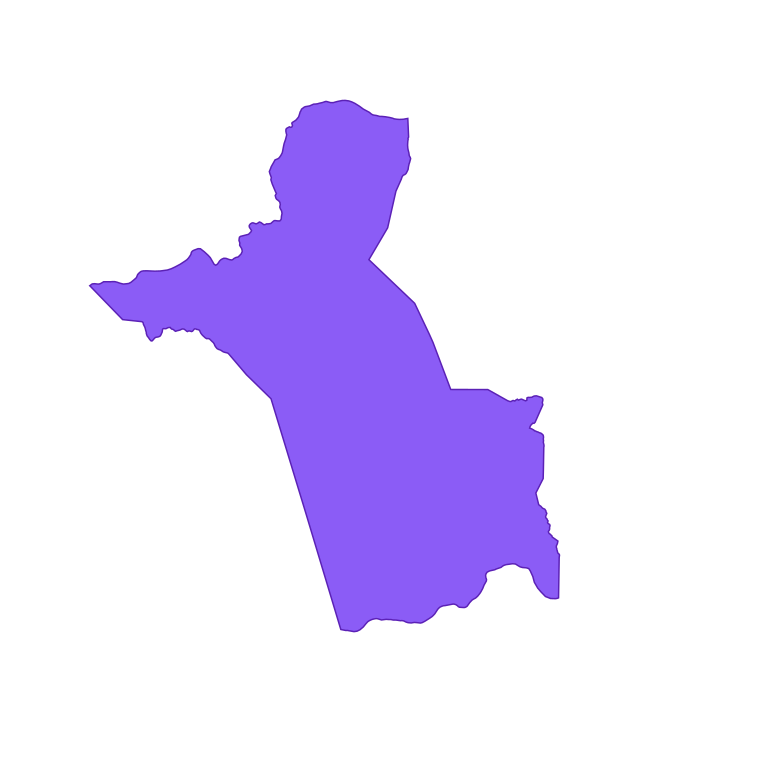 outline of Pilão Arcado, Bahia, Brazil, rotated 46°
{"feature_id": "56859067B31784854037335", "entity_name": "Pilão Arcado", "entity_type": "district", "adm_level": 2, "iso_a3": "BRA", "parent_name": "Brazil", "parent_adm1": "Bahia", "projection": "orthographic", "projection_center": [-43.194, -9.96], "detail": "fine", "context": "isolated", "style": "filled", "palette": "violet", "viewbox_px": 768, "rotation_deg": 46, "n_neighbors": 0, "source": "geoboundaries", "source_scale": "gbopen_adm2", "svg_char_len": 6170}
<svg xmlns="http://www.w3.org/2000/svg" viewBox="0 0 768 768"><g transform="rotate(46 384 384)"><path d="M108.9,527.4L156.1,527.3L170.7,515.1L171.7,514.6L172.8,514.8L173.7,515.5L177.3,516.7L178.6,517.4L179.7,518.1L181.7,519.1L182.6,519.9L183.8,520.5L184.9,521.0L187.1,521.2L189.2,521.6L191.2,521.6L191.9,520.9L191.9,519.4L191.7,517.7L191.7,516.5L192.0,515.5L192.7,514.6L193.5,513.3L194.0,511.9L193.8,510.6L192.6,507.6L191.8,506.5L190.8,505.3L190.9,504.2L192.7,502.5L193.1,501.4L193.3,500.5L194.0,499.4L195.0,498.4L196.0,498.7L197.0,498.6L198.0,497.9L199.1,497.6L200.0,497.7L201.3,497.3L202.0,495.8L202.8,494.5L203.6,493.0L203.9,491.8L204.5,490.6L205.7,489.7L207.5,489.4L208.9,489.3L209.8,488.9L210.0,487.9L210.8,487.0L212.6,486.0L213.0,485.0L212.7,482.1L213.7,481.1L214.7,480.8L215.6,480.0L217.2,479.4L218.5,479.9L219.9,480.4L221.9,480.7L223.6,480.7L226.7,480.5L228.2,480.1L229.1,479.0L230.3,478.2L231.4,478.2L234.6,478.1L235.5,478.0L237.2,478.3L238.9,479.0L240.2,479.3L242.5,479.5L243.6,479.2L244.6,478.8L245.8,478.1L247.5,477.7L249.2,477.3L250.7,476.5L252.1,475.6L253.2,474.9L254.6,474.8L281.8,476.5L316.1,475.5L422.5,529.9L530.6,585.6L534.9,582.6L535.6,581.7L541.3,577.6L543.1,575.1L544.1,572.0L544.4,567.7L543.9,563.6L543.7,560.8L544.1,558.8L544.6,557.4L545.1,556.1L546.0,554.5L547.3,552.6L548.7,551.5L552.0,549.7L554.8,545.9L556.5,544.4L558.3,542.6L560.1,541.4L562.2,539.3L565.7,536.6L566.6,535.5L567.9,534.5L569.5,533.9L570.4,533.6L572.4,532.5L574.8,530.4L576.6,527.8L578.4,526.2L581.3,523.8L582.2,522.3L583.0,519.6L584.2,513.9L584.7,510.9L584.7,509.1L584.6,507.1L583.4,501.9L583.3,500.2L583.4,498.7L584.1,496.7L584.9,495.1L585.7,494.2L590.2,487.3L591.0,486.5L592.6,485.6L594.4,485.2L595.8,485.2L597.0,484.8L600.0,482.1L600.9,481.1L601.4,479.8L601.6,478.5L600.8,474.3L600.6,471.0L600.9,469.2L601.6,466.8L601.7,464.1L601.2,460.3L600.8,458.6L599.7,455.1L598.2,451.8L596.8,447.2L595.8,446.0L594.0,445.2L592.2,443.8L591.4,442.4L591.0,440.5L591.8,437.9L594.6,433.3L595.0,431.9L597.2,427.2L597.4,425.2L597.8,423.6L598.8,421.6L602.6,416.4L604.8,414.5L608.0,413.7L610.1,413.1L612.3,411.8L615.0,409.4L617.3,408.1L620.0,408.6L625.9,410.7L631.1,413.6L637.6,415.2L642.4,415.5L649.0,415.5L654.0,413.2L657.7,409.6L658.7,408.0L659.1,407.0L630.5,378.5L629.8,377.6L629.0,376.6L628.0,376.2L626.8,376.4L625.6,376.0L624.5,375.3L623.2,374.7L622.5,374.1L621.2,373.5L620.2,372.5L619.3,370.2L617.8,368.0L610.9,369.3L609.9,368.7L608.8,368.8L607.7,368.7L606.5,369.1L605.2,368.8L604.2,368.1L604.0,366.7L603.4,365.6L602.1,364.4L601.3,363.0L600.1,362.4L598.6,362.8L597.4,362.7L596.9,361.9L596.5,361.1L595.5,361.0L594.3,360.5L592.5,360.5L591.6,359.8L590.1,356.7L588.8,356.4L587.5,355.6L585.7,355.3L583.5,356.2L582.3,356.2L581.0,356.1L579.5,356.4L578.2,356.5L567.9,350.5L562.6,335.2L556.6,329.1L540.5,313.0L539.8,312.0L538.8,311.2L537.8,310.6L536.6,309.9L535.6,308.6L534.2,307.6L533.2,306.3L532.2,305.5L531.2,305.0L529.1,305.1L528.1,305.4L526.9,306.1L525.4,306.6L524.5,307.2L523.2,307.6L522.1,308.3L521.1,308.2L520.1,308.6L519.2,308.8L518.0,309.3L516.9,309.9L516.0,308.3L515.6,306.7L515.6,305.3L515.5,304.2L516.5,303.4L516.5,301.9L509.3,284.2L507.9,283.4L507.1,282.8L506.6,281.8L505.8,280.7L504.7,280.0L503.3,279.9L498.5,282.5L497.8,283.3L497.0,284.3L496.6,285.3L496.2,286.9L494.6,288.8L493.7,289.6L493.3,290.8L494.9,292.5L494.5,293.8L493.3,294.4L490.5,295.5L489.9,296.3L488.9,298.6L487.6,298.6L487.2,299.9L487.1,301.7L485.5,302.6L485.0,304.0L484.8,304.9L483.7,305.8L481.8,306.7L460.1,313.2L434.3,339.8L388.2,319.9L379.9,316.9L347.3,305.9L284.1,308.5L274.2,272.9L253.6,241.5L248.7,229.3L248.1,228.2L247.4,226.7L247.2,225.0L247.8,223.6L247.9,221.9L247.4,220.3L246.4,217.6L244.8,215.6L243.0,212.9L242.5,211.8L240.4,208.3L239.2,207.7L237.3,207.2L236.2,206.4L234.8,205.4L232.0,203.8L230.7,202.9L229.9,202.2L229.0,201.5L227.8,200.3L225.8,198.1L224.8,196.7L223.9,196.0L223.5,194.8L209.5,182.4L206.9,186.3L204.3,189.2L202.4,190.9L200.3,192.5L198.9,193.1L196.2,194.8L192.7,197.4L190.1,199.6L188.5,201.2L185.6,202.9L183.4,204.6L182.3,205.2L180.8,205.6L178.5,205.8L171.9,207.9L167.1,208.7L161.9,210.0L158.7,211.2L156.0,212.6L153.2,214.8L151.3,216.8L150.6,217.8L148.3,221.4L146.3,225.1L144.4,227.0L140.8,229.1L140.1,229.9L138.8,232.7L137.1,235.5L136.2,237.2L135.2,238.6L133.8,240.2L132.3,244.3L129.8,248.0L129.4,249.1L129.0,252.4L129.8,254.2L130.0,255.2L131.9,258.6L132.6,260.1L133.0,263.6L132.8,265.4L132.2,268.1L132.3,269.1L134.6,270.4L135.1,271.9L134.5,272.9L133.3,273.4L132.5,276.2L132.6,277.5L134.0,279.0L135.7,280.1L137.2,280.9L139.6,284.8L141.6,288.7L142.9,290.7L146.3,295.5L147.1,296.8L148.0,299.7L148.4,302.0L148.4,303.0L148.2,304.0L147.1,306.7L148.0,309.6L149.3,314.1L150.2,315.9L151.5,318.9L153.5,320.0L157.2,321.6L158.5,323.5L162.6,325.5L170.6,328.6L172.2,329.0L172.8,331.3L175.1,332.6L176.5,332.9L178.3,332.6L179.8,332.5L181.0,332.7L182.9,334.0L183.8,335.4L184.5,336.2L186.2,336.9L188.2,337.4L190.4,338.8L192.2,341.4L193.6,342.9L194.2,343.9L194.3,345.7L192.8,347.2L191.0,348.6L190.2,349.5L190.0,351.0L189.9,353.9L188.8,355.5L188.0,356.5L187.3,357.1L186.7,358.8L185.9,359.8L184.5,360.0L182.3,360.4L180.9,361.1L180.5,363.5L179.9,364.8L177.2,366.2L176.5,366.9L176.0,368.9L176.3,370.7L176.9,371.4L177.9,372.0L181.6,372.7L182.1,373.9L182.2,377.5L178.1,384.7L178.0,386.0L178.6,386.9L180.0,388.6L182.5,389.8L183.2,390.7L184.0,391.5L187.3,392.2L188.8,392.9L190.2,393.9L191.2,396.5L191.3,400.3L191.0,401.3L190.2,402.4L189.5,404.7L189.4,406.4L189.0,407.4L187.7,408.4L186.7,409.0L183.8,410.4L182.2,412.0L181.4,414.3L181.3,415.3L181.3,416.8L181.5,417.8L182.0,420.0L182.0,421.3L181.6,422.6L179.7,423.0L172.5,421.2L169.3,421.1L164.1,421.4L159.2,422.1L157.5,423.7L155.8,427.6L155.4,428.8L155.3,429.9L155.5,431.1L156.7,433.0L157.2,435.2L157.6,437.2L157.7,439.5L157.3,442.0L156.3,447.3L154.7,452.9L153.3,457.0L151.5,460.7L147.3,466.4L143.6,470.5L137.8,476.0L135.4,478.6L134.3,480.4L134.0,482.4L134.1,485.1L135.4,488.0L135.5,489.1L135.1,495.2L134.4,497.7L132.7,500.0L131.1,502.0L130.2,502.6L128.1,503.9L125.3,505.3L123.3,506.6L121.2,508.8L120.5,509.7L118.4,511.8L115.7,514.6L115.0,517.6L114.5,518.9L113.6,520.2L110.7,522.6L109.3,524.4L108.9,527.4Z" fill="#8b5cf6" stroke="#5b21b6" stroke-width="1.5"/></g></svg>